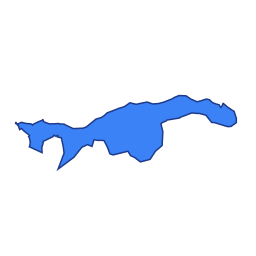 the district of Oyigbo, Rivers, Nigeria, rotated 344°
{"feature_id": "59680162B52775693188226", "entity_name": "Oyigbo", "entity_type": "district", "adm_level": 2, "iso_a3": "NGA", "parent_name": "Nigeria", "parent_adm1": "Rivers", "projection": "mercator", "projection_center": [7.218, 4.833], "detail": "fine", "context": "isolated", "style": "filled", "palette": "blue", "viewbox_px": 256, "rotation_deg": 344, "n_neighbors": 0, "source": "geoboundaries", "source_scale": "gbopen_adm2", "svg_char_len": 2879}
<svg xmlns="http://www.w3.org/2000/svg" viewBox="0 0 256 256"><g transform="rotate(344 128 128)"><path d="M140.6,164.2L141.0,163.9L144.3,161.0L148.1,157.8L151.2,156.4L156.0,154.2L160.5,141.1L160.8,133.1L162.6,132.2L166.9,131.7L167.7,131.1L180.3,132.6L181.2,132.1L181.6,132.1L193.5,131.1L198.3,133.0L200.7,133.7L206.5,137.2L209.9,145.7L212.5,146.6L221.7,152.6L224.3,154.2L227.4,154.9L233.6,152.7L234.8,148.7L234.6,141.4L229.1,134.9L227.9,132.9L226.3,130.6L225.9,130.8L225.4,131.7L224.5,132.6L223.0,133.9L222.3,132.5L222.0,130.9L217.8,128.2L215.8,126.4L215.7,126.3L214.3,123.5L211.5,121.8L208.5,121.8L205.9,122.0L201.6,121.8L196.4,117.5L192.7,113.1L186.1,110.9L183.9,111.1L181.2,111.4L180.3,111.6L178.8,112.1L169.7,113.0L164.2,112.9L162.6,112.6L158.4,111.7L157.4,111.0L153.5,108.3L148.8,107.9L147.6,107.8L144.2,107.6L142.5,107.5L140.0,106.1L136.8,104.3L130.7,106.4L129.5,106.5L124.1,106.6L123.7,106.7L118.1,107.2L117.3,107.3L112.2,107.7L108.3,109.7L107.3,109.9L105.0,110.6L99.7,110.6L88.3,115.5L84.9,115.8L75.2,113.5L69.8,108.8L67.5,106.6L64.1,105.5L62.4,104.5L57.7,103.5L56.1,103.0L54.7,102.6L53.3,102.2L50.1,99.8L48.8,98.9L48.4,96.0L48.1,96.9L47.6,97.1L47.0,97.0L46.6,97.0L45.9,97.1L45.4,97.1L44.8,97.2L44.2,97.3L43.4,97.3L43.1,97.4L40.9,97.8L39.6,98.0L37.8,98.3L37.6,98.5L37.2,98.9L36.9,98.5L36.4,98.0L36.0,97.6L35.9,97.4L35.8,97.2L35.6,97.1L35.1,96.9L34.6,96.8L34.0,96.6L33.6,96.4L33.1,96.2L32.6,96.2L32.2,96.0L31.9,95.8L30.7,95.2L30.1,94.9L29.8,94.7L29.4,94.5L28.9,94.2L28.5,94.0L28.1,93.7L27.7,93.5L27.3,93.3L27.1,93.2L26.9,93.2L26.7,93.2L25.2,93.5L23.8,93.7L23.1,93.8L23.0,93.7L22.9,93.5L22.7,93.4L22.4,93.3L22.2,93.0L22.1,92.6L21.9,92.2L21.8,91.8L21.7,91.8L21.3,92.3L21.2,92.7L21.5,92.9L21.8,93.0L22.0,93.3L22.4,94.1L22.7,94.7L22.9,95.2L23.0,95.5L23.2,95.9L23.3,96.1L23.3,96.5L23.3,97.1L23.3,98.2L23.4,99.7L23.8,99.6L25.6,99.2L26.0,100.0L26.3,100.7L26.5,101.0L26.9,101.8L27.8,103.0L28.0,103.4L30.1,106.3L30.7,107.2L31.3,108.1L30.2,108.8L30.3,108.9L30.4,109.2L30.4,109.5L30.3,110.1L30.4,110.6L30.4,111.0L30.4,111.7L30.4,112.2L30.4,112.5L30.3,113.2L30.2,113.8L30.1,114.3L30.1,115.0L29.9,115.3L29.6,116.0L29.2,116.9L29.0,117.3L28.0,118.9L34.2,124.2L38.6,128.0L39.7,123.2L41.9,119.6L42.4,118.8L42.8,117.5L48.0,116.6L50.3,116.2L52.4,115.8L53.0,115.7L53.3,115.6L53.7,115.5L54.0,115.3L54.3,115.0L54.6,114.7L54.8,114.5L55.6,115.3L56.0,115.8L56.3,115.9L56.4,116.0L56.6,116.0L56.9,116.0L57.5,116.0L58.3,115.8L58.2,116.1L58.1,116.5L57.7,117.1L58.1,117.3L58.7,117.7L59.0,117.9L59.7,118.3L60.2,118.5L61.0,119.0L61.3,119.1L61.1,120.0L60.7,127.0L60.1,131.7L59.6,134.6L49.5,148.2L68.0,141.2L78.3,133.8L84.4,132.8L88.3,135.8L92.1,129.9L95.6,131.6L99.8,132.8L101.5,133.5L102.9,140.5L103.4,146.6L103.5,147.7L104.3,148.5L104.5,148.6L106.4,149.8L121.5,150.3L122.9,155.3L126.2,158.1L130.5,163.9L130.8,164.0L138.9,164.2L140.6,164.2Z" fill="#3b82f6" stroke="#1e3a8a" stroke-width="1.5"/></g></svg>